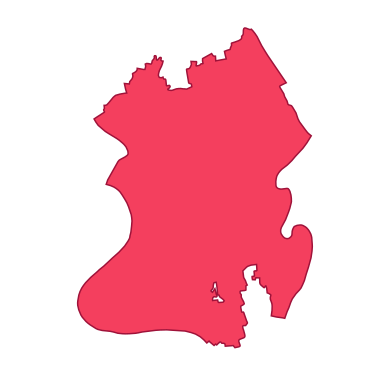 the district of Nam Truc, Nam Định, Vietnam, rotated 175°
{"feature_id": "81297802B82332241258399", "entity_name": "Nam Truc", "entity_type": "district", "adm_level": 2, "iso_a3": "VNM", "parent_name": "Vietnam", "parent_adm1": "Nam Định", "projection": "mercator", "projection_center": [106.206, 20.335], "detail": "fine", "context": "isolated", "style": "filled", "palette": "rose", "viewbox_px": 384, "rotation_deg": 175, "n_neighbors": 0, "source": "geoboundaries", "source_scale": "gbopen_adm2", "svg_char_len": 5907}
<svg xmlns="http://www.w3.org/2000/svg" viewBox="0 0 384 384"><g transform="rotate(175 192 192)"><path d="M110.6,58.1L107.6,64.7L105.7,68.1L103.3,73.4L101.4,76.8L97.2,81.7L93.5,85.0L91.8,86.8L90.0,89.8L87.8,93.9L85.4,100.2L82.5,107.1L79.2,116.0L77.6,122.7L76.9,127.2L76.8,129.5L76.7,136.2L76.9,137.8L77.3,139.7L78.5,142.6L79.5,144.4L81.0,146.4L82.1,147.4L84.1,148.8L85.6,149.5L86.8,149.7L87.8,149.7L90.3,149.6L93.1,148.7L93.8,147.9L94.9,146.1L95.6,144.2L96.1,141.0L96.5,139.8L97.6,138.6L98.3,138.1L99.2,137.5L100.0,137.3L100.8,137.2L101.7,137.3L102.9,137.7L103.9,138.2L105.4,139.9L106.8,142.5L107.1,143.9L107.1,145.2L106.9,146.8L106.0,149.0L101.2,156.3L97.5,163.8L96.0,167.2L94.2,172.4L93.8,173.8L93.6,177.2L93.7,180.4L94.4,184.1L95.1,185.8L95.9,186.9L97.0,187.3L102.4,187.1L104.0,187.3L105.9,188.0L106.6,188.5L107.5,189.7L107.7,190.5L107.8,191.4L107.6,195.1L107.0,197.8L106.3,200.0L105.7,201.2L103.9,203.7L102.1,205.5L100.3,207.0L94.7,210.6L90.9,213.7L89.8,214.6L85.9,218.5L77.7,225.9L73.3,230.9L68.3,237.6L70.9,240.1L72.0,241.5L73.5,243.8L78.8,252.5L80.1,255.8L81.5,261.7L84.3,267.5L85.2,269.0L85.6,269.4L86.5,269.8L87.9,270.3L88.7,270.9L89.4,274.4L91.4,278.9L92.0,281.9L95.3,288.6L95.5,289.4L95.3,289.8L95.0,290.1L93.1,290.9L88.6,292.6L104.7,321.4L107.0,325.9L109.9,331.8L113.6,341.1L115.2,344.0L117.2,347.1L118.7,349.0L119.3,348.8L120.6,348.9L124.1,350.6L125.3,350.8L126.1,350.3L126.7,348.8L127.1,345.5L127.3,344.7L127.8,343.8L129.0,342.8L129.1,341.0L129.6,340.2L130.8,339.4L132.3,338.7L136.4,337.6L139.6,336.9L139.8,336.6L139.8,334.7L141.1,332.3L141.6,330.7L144.7,330.1L147.4,329.3L146.9,325.3L146.3,321.6L156.9,320.6L156.8,325.3L158.1,325.4L159.1,325.9L160.4,328.2L169.8,324.0L170.1,321.7L169.8,319.1L170.0,318.9L171.5,318.9L172.1,318.7L173.2,317.7L173.9,317.5L176.3,317.2L176.6,317.2L176.9,317.4L176.8,318.1L176.1,320.7L176.2,321.5L181.6,322.2L181.5,319.6L181.6,318.8L182.9,316.4L183.8,315.4L184.7,315.1L186.5,314.9L186.7,314.7L186.8,314.4L186.6,310.7L186.4,308.5L185.8,301.2L185.4,300.5L183.5,299.8L183.2,299.3L183.0,296.9L188.2,295.0L188.9,295.0L189.9,295.3L191.6,295.5L194.3,296.1L196.4,296.2L198.7,296.1L202.6,295.1L203.9,295.0L206.2,295.5L207.1,296.0L207.2,296.4L207.0,296.8L205.9,297.3L205.2,298.0L204.8,298.5L204.6,299.2L204.8,299.7L205.3,300.2L207.8,300.0L208.2,300.3L208.3,305.7L208.5,306.5L208.8,306.8L209.8,306.9L210.4,307.2L210.8,308.3L210.9,309.0L212.4,308.5L214.2,308.8L214.6,309.1L214.9,309.6L215.3,310.9L215.1,312.4L214.5,314.3L213.8,316.0L211.4,320.0L210.3,322.3L209.4,324.9L210.9,325.3L211.4,325.8L211.4,326.4L211.0,328.0L211.1,328.6L211.4,328.8L212.3,328.8L213.0,328.3L214.3,327.0L214.9,326.5L215.5,326.5L215.9,327.4L215.9,329.9L216.1,330.7L216.7,331.0L217.4,331.0L217.8,330.5L217.9,328.7L218.1,328.3L220.2,326.1L220.8,324.0L221.4,323.2L221.9,323.0L224.6,323.8L226.1,324.0L227.4,323.5L227.2,321.4L227.4,320.5L228.2,318.2L229.6,318.3L235.8,320.0L236.0,318.6L236.7,317.5L237.7,316.7L239.1,315.9L240.5,315.4L241.0,314.9L240.8,313.5L240.9,312.2L241.2,311.4L241.6,310.4L242.3,309.5L244.4,307.4L245.0,305.1L249.9,306.0L249.2,300.2L248.4,296.3L250.9,296.2L255.2,295.8L259.5,295.0L260.7,294.3L262.3,293.1L267.1,288.2L269.2,286.3L270.5,285.9L272.0,286.0L272.0,282.8L272.8,281.8L272.8,281.0L272.2,279.4L272.4,279.1L280.5,274.8L283.2,273.3L281.6,269.9L279.6,266.5L273.1,259.9L270.1,257.6L262.1,251.7L260.1,250.0L256.8,246.7L255.5,245.2L253.8,242.7L252.4,238.7L252.3,237.8L252.3,235.7L252.6,235.0L253.4,234.1L255.6,232.8L260.9,230.5L261.8,230.0L263.1,228.7L274.9,211.4L276.8,207.1L272.6,205.5L269.3,203.7L267.2,202.1L265.1,200.1L263.7,198.4L261.9,195.3L259.6,190.8L257.8,186.9L256.5,182.9L254.5,174.7L254.3,171.4L254.3,168.3L255.2,163.0L256.4,157.2L257.6,153.7L257.9,152.3L258.4,151.1L259.9,148.8L263.8,144.0L270.0,138.4L276.6,133.5L286.4,125.8L291.2,122.6L293.0,121.1L300.4,115.7L305.9,110.9L308.2,108.4L310.2,105.9L312.2,102.6L313.7,99.2L315.2,93.7L315.6,91.5L315.7,89.1L315.1,84.6L313.4,79.2L312.1,76.7L308.9,72.3L307.0,70.3L305.0,68.5L299.5,64.3L297.7,63.3L293.6,61.9L285.8,60.4L282.5,59.4L278.3,57.8L273.7,56.9L270.5,56.5L266.8,56.3L260.7,56.2L257.8,56.4L253.9,56.9L240.1,57.4L235.9,57.3L229.2,56.9L211.0,54.1L205.2,52.1L200.9,50.2L196.4,47.1L193.0,43.6L190.4,40.3L188.0,42.0L187.5,41.3L183.4,37.2L181.7,38.4L180.7,37.5L179.4,38.6L177.3,40.1L176.7,40.1L176.3,39.9L175.7,38.9L175.2,38.7L173.5,38.5L172.7,38.1L172.4,37.6L172.3,35.5L164.3,35.4L162.8,33.2L158.8,33.7L157.8,34.1L157.5,34.7L157.5,35.3L158.4,38.9L158.4,39.7L157.9,40.7L157.4,41.0L153.0,42.3L152.2,42.9L151.9,43.5L151.8,44.5L152.0,46.2L152.7,50.0L153.2,51.9L153.2,53.8L152.7,54.3L152.3,54.4L150.2,54.3L148.5,56.2L148.2,56.7L148.3,57.5L148.8,58.7L151.0,67.5L151.3,67.9L152.7,67.9L153.0,68.3L153.4,71.7L153.5,73.4L153.1,74.2L151.2,75.0L149.9,75.8L149.7,76.2L150.1,78.0L151.8,82.1L152.1,83.2L151.9,85.3L152.9,87.2L152.8,88.6L152.5,89.0L152.1,89.2L148.1,89.3L147.1,89.5L146.8,89.7L146.5,93.5L146.3,93.9L145.1,94.5L145.8,96.3L146.5,99.1L147.8,101.9L148.0,102.9L148.2,109.0L144.3,112.3L143.0,113.1L139.6,114.0L134.0,114.2L134.1,110.0L134.2,108.2L134.5,107.9L136.5,107.9L137.1,107.6L137.1,103.0L137.3,102.8L139.5,102.6L139.6,101.4L139.4,99.4L136.7,99.0L135.8,101.0L132.1,100.5L132.4,95.8L132.2,94.5L131.3,93.1L128.7,90.5L128.5,90.4L128.2,90.5L127.0,92.0L126.5,91.9L126.0,89.8L125.9,86.4L125.9,85.0L124.0,84.0L122.5,82.7L122.5,82.0L123.0,80.8L123.2,80.0L123.3,78.4L122.2,74.2L122.1,73.2L122.1,71.3L122.6,67.1L123.8,61.7L118.7,60.1L112.5,58.7L110.6,58.1ZM175.9,82.2L180.9,82.1L180.9,83.2L180.6,84.6L179.8,85.5L179.4,85.7L178.9,85.7L177.1,85.3L176.7,85.4L176.2,85.9L176.2,86.6L176.7,88.1L177.6,93.7L180.3,90.3L181.5,91.3L181.7,92.0L180.1,93.6L179.4,94.5L179.2,95.3L178.9,97.2L178.2,99.5L177.6,99.8L175.8,100.0L175.6,98.1L175.4,94.4L175.4,88.8L175.2,87.2L174.1,86.9L173.7,85.5L173.4,85.0L170.7,82.6L170.0,81.8L169.4,80.8L170.2,79.9L170.7,79.5L175.0,79.6L175.6,80.2L175.9,82.2Z" fill="#f43f5e" stroke="#9f1239" stroke-width="1.5"/></g></svg>